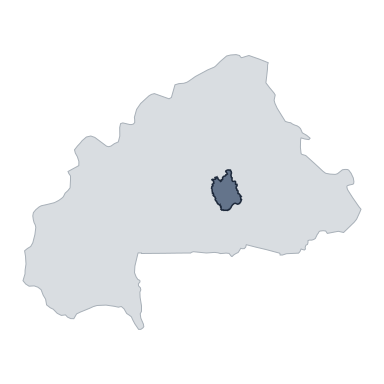 Ganzourgou, Ganzourgou, Burkina Faso (highlighted)
{"feature_id": "67063806B50041184778807", "entity_name": "Ganzourgou", "entity_type": "district", "adm_level": 2, "iso_a3": "BFA", "parent_name": "Burkina Faso", "parent_adm1": "Ganzourgou", "projection": "robinson", "projection_center": [-0.77, 12.29], "detail": "fine", "context": "in_parent", "style": "filled", "palette": "slate", "viewbox_px": 384, "rotation_deg": 0, "n_neighbors": 0, "source": "geoboundaries", "source_scale": "gbopen_adm2", "svg_char_len": 7971}
<svg xmlns="http://www.w3.org/2000/svg" viewBox="0 0 384 384"><path d="M297.5,253.2L286.5,253.7L282.5,255.0L280.1,255.0L280.0,253.9L279.7,253.2L265.9,249.5L256.1,247.2L246.3,244.7L245.7,247.1L244.3,248.6L242.2,248.7L240.7,248.3L239.7,250.1L238.1,252.5L235.8,253.6L233.5,255.1L232.3,256.4L231.4,256.4L229.1,253.4L226.1,253.1L220.5,253.6L218.0,252.8L214.5,252.4L206.4,253.0L193.4,251.7L191.3,252.4L190.7,253.0L177.9,253.1L163.7,253.3L151.9,253.4L141.5,253.5L141.5,253.0L138.2,252.9L137.8,253.9L134.9,266.1L134.5,272.7L136.1,276.8L137.8,279.4L139.8,280.4L140.0,281.9L138.4,283.8L138.5,285.8L140.4,287.8L140.8,289.9L139.9,292.1L140.1,297.4L141.5,305.9L141.5,311.3L140.2,313.8L140.8,318.1L143.4,324.1L143.8,326.7L142.9,327.9L140.8,329.4L138.6,329.4L136.1,325.7L135.0,324.1L133.0,320.4L131.3,316.7L129.0,315.0L126.7,313.5L124.0,308.8L121.3,306.5L118.4,307.2L114.3,306.3L106.0,305.1L97.0,305.5L93.3,306.6L89.6,308.3L80.3,312.1L76.6,313.9L73.8,318.7L70.7,318.6L67.5,317.1L65.5,314.9L61.3,315.4L57.2,313.3L53.2,309.2L50.3,307.8L46.6,304.9L45.6,299.2L43.2,295.2L41.1,289.7L37.9,287.2L34.2,285.9L29.1,286.2L25.7,284.0L23.0,280.7L23.8,278.0L25.0,274.0L25.1,270.2L26.0,264.0L25.5,256.2L24.6,250.8L27.4,248.5L30.7,246.5L32.8,242.8L34.9,234.6L35.8,227.4L35.2,224.8L34.1,222.7L33.3,219.6L32.8,215.9L33.4,212.6L35.9,209.6L39.0,207.0L41.2,205.8L47.0,204.5L54.3,202.7L58.6,200.5L61.6,198.4L63.4,196.7L65.1,193.2L68.0,190.5L70.1,187.8L70.5,180.2L70.5,175.9L68.9,173.6L68.0,171.5L78.8,165.6L78.9,161.5L77.4,156.8L75.3,153.0L74.5,149.8L77.5,146.0L80.2,143.1L82.1,140.7L86.4,137.0L90.8,136.0L94.8,137.4L106.6,146.2L108.7,146.7L111.1,146.0L114.3,143.7L118.3,141.9L119.8,136.1L119.7,127.5L120.6,123.6L122.8,122.9L129.6,124.5L131.3,124.6L133.3,124.1L134.7,122.6L134.7,119.8L134.4,117.3L136.6,109.4L140.7,103.4L148.9,95.9L151.4,94.4L154.4,93.6L169.0,98.8L171.4,97.5L175.0,84.8L179.0,83.6L183.7,83.3L186.8,82.3L188.4,81.4L195.4,76.5L207.7,69.9L214.3,67.1L215.6,66.1L220.3,61.4L226.6,56.0L230.6,55.0L236.1,54.6L239.6,55.5L240.5,57.0L241.7,57.7L248.9,55.5L259.2,59.1L268.2,62.7L267.6,64.9L267.5,68.9L266.8,75.2L265.9,82.8L269.6,87.7L274.0,93.0L275.2,95.0L274.1,100.2L274.9,103.3L277.2,108.3L281.2,114.8L285.3,121.4L288.1,122.3L290.8,122.8L292.4,124.0L294.8,125.1L297.2,125.9L299.3,127.3L300.6,128.8L302.3,132.8L306.9,135.5L310.1,138.2L308.9,139.6L304.8,139.0L301.1,137.9L300.6,139.8L300.4,147.3L301.1,153.6L301.9,154.4L305.7,155.5L314.8,163.7L323.0,171.3L325.7,173.3L330.2,174.1L335.3,174.4L337.5,173.7L342.4,169.8L345.0,169.4L347.4,169.5L348.7,170.1L351.1,173.3L353.3,178.0L353.9,181.6L353.7,183.4L353.0,184.2L349.0,185.1L347.2,185.8L346.8,186.8L347.4,189.2L348.2,190.7L352.6,197.6L359.0,206.8L361.0,209.2L359.9,212.0L356.6,219.2L354.2,222.2L343.6,232.5L338.3,231.3L327.3,233.4L325.7,231.0L323.1,230.7L319.9,231.1L318.8,232.0L318.4,233.0L317.3,234.4L315.3,238.5L313.7,239.5L311.8,240.1L309.4,240.1L308.0,240.6L308.0,242.6L307.5,244.4L305.9,245.2L305.2,247.2L305.4,249.1L304.4,250.0L302.4,249.5L301.1,249.0L300.0,251.5L298.5,253.2L297.5,253.2Z" fill="#d9dde1" stroke="#a8b0b8" stroke-width="1"/><path d="M232.1,177.9L231.9,177.9L231.7,177.8L231.6,177.5L231.5,177.3L231.4,177.3L231.3,176.8L231.2,176.3L231.2,176.1L231.0,175.7L230.9,175.1L231.1,174.8L231.1,174.1L231.1,173.9L231.4,173.5L231.5,172.9L231.4,172.5L231.3,172.2L231.2,171.6L231.1,171.3L231.1,171.2L230.9,171.0L230.5,170.8L230.2,170.7L230.1,170.4L230.2,170.1L229.9,170.1L228.9,169.9L228.7,169.9L228.4,170.1L227.7,170.0L227.4,170.0L226.8,170.3L226.6,170.6L226.2,170.7L226.0,170.8L225.9,170.9L225.7,171.2L225.8,171.5L226.0,171.9L226.2,172.2L226.5,172.4L226.6,172.5L227.2,173.7L227.3,173.8L227.2,174.0L227.3,174.1L226.8,174.5L226.5,174.7L226.3,174.8L226.0,174.8L225.8,174.8L225.6,175.1L225.7,175.4L225.6,175.6L225.2,175.9L224.8,176.1L224.1,176.2L223.8,176.3L223.4,176.5L223.2,176.7L223.1,177.1L222.9,177.3L222.6,177.5L222.6,177.8L222.6,178.3L222.6,178.6L222.6,179.5L222.3,179.7L221.8,179.7L221.7,180.0L221.4,180.2L221.1,180.0L220.9,180.1L220.8,180.3L220.6,180.5L220.7,181.0L220.8,181.1L221.0,181.2L220.8,181.4L220.6,181.5L220.5,181.3L220.2,181.0L219.9,180.7L219.4,180.2L219.1,180.0L218.7,179.6L218.5,179.4L218.0,178.9L217.9,178.1L217.7,177.8L217.1,177.9L216.9,177.8L216.9,177.4L216.8,177.5L216.6,177.5L216.4,177.8L216.4,177.1L215.0,177.5L215.3,178.1L215.5,178.5L215.5,178.9L215.4,179.1L215.2,179.3L214.8,179.4L214.6,179.3L213.7,179.4L213.2,179.4L213.1,179.5L212.7,179.4L212.4,179.3L212.2,179.4L212.0,179.6L211.9,179.7L212.1,180.0L212.3,180.2L212.5,180.2L212.9,180.3L213.1,180.5L213.2,180.9L213.6,181.2L213.7,181.3L213.6,181.9L213.5,182.0L213.9,182.9L213.9,183.2L213.7,183.3L213.4,183.4L212.9,183.9L212.4,184.2L212.7,184.4L212.7,184.7L212.8,184.7L212.8,184.9L212.8,185.1L212.9,185.6L212.9,185.8L212.8,186.0L212.6,186.0L212.4,186.1L212.0,186.2L211.9,186.3L211.8,186.6L211.9,186.9L211.8,187.5L211.7,187.6L211.6,187.8L211.5,188.3L211.8,188.7L211.9,188.8L212.0,189.0L212.1,189.3L212.1,189.5L212.1,190.0L212.1,190.4L212.1,190.6L212.3,190.9L212.2,191.8L212.4,192.0L212.6,192.5L212.4,192.9L212.4,193.0L212.5,193.2L212.5,193.3L212.8,193.2L213.3,193.3L213.4,193.6L213.3,193.9L213.3,194.1L213.6,194.4L213.6,194.6L213.6,194.8L213.3,195.2L213.2,195.3L213.3,195.4L213.4,195.6L213.7,195.9L213.7,196.0L213.9,196.0L214.2,196.2L214.8,196.7L214.8,196.8L215.0,197.1L215.0,197.5L215.1,197.8L215.3,197.9L215.3,198.1L215.5,198.4L215.4,198.7L215.5,198.7L215.3,199.1L215.3,199.3L215.2,199.7L215.3,200.0L215.7,200.4L215.7,200.5L215.8,200.6L215.9,200.8L216.1,201.1L216.4,201.2L216.4,201.3L216.6,201.4L216.7,201.7L216.8,201.9L216.8,202.0L216.9,202.3L217.1,202.5L217.2,202.9L217.3,202.9L217.4,203.0L217.5,203.4L217.6,203.5L217.8,203.6L217.9,203.8L218.0,203.7L218.2,203.9L218.5,204.1L218.8,204.4L218.9,204.6L219.1,204.7L219.3,204.9L219.5,204.9L219.6,205.0L219.8,204.9L219.9,205.0L220.0,204.9L220.0,205.2L220.2,205.4L220.2,205.6L220.2,205.8L220.3,206.0L220.4,205.9L220.6,206.1L220.8,206.2L220.7,206.3L220.9,206.5L221.0,206.7L221.0,206.8L221.0,207.0L221.0,207.3L220.9,207.4L221.1,207.5L221.2,207.8L221.1,208.0L221.1,208.3L221.1,208.9L220.9,209.2L220.9,209.3L221.1,209.4L221.3,209.6L221.6,209.9L221.8,210.1L222.0,210.0L222.6,210.1L222.8,209.9L223.0,209.8L223.4,210.0L223.7,210.1L223.8,210.2L223.7,210.3L223.8,210.4L224.0,210.3L224.4,210.3L225.0,210.3L225.9,210.3L227.6,210.3L227.7,210.2L227.8,210.3L227.9,210.2L228.3,210.0L228.3,209.8L228.5,209.5L228.8,209.6L229.0,209.7L229.4,209.5L229.5,209.4L229.6,209.2L230.1,208.8L230.2,208.4L230.3,208.4L230.5,208.3L230.7,208.2L230.8,208.2L230.8,208.3L230.8,208.1L230.9,207.9L231.0,207.8L231.0,207.7L231.0,207.4L231.1,207.2L231.3,206.7L231.7,206.1L232.0,205.5L232.5,205.0L232.7,204.7L232.9,204.5L233.1,204.4L233.3,204.2L233.7,203.8L234.3,203.5L235.0,203.3L235.4,203.3L235.9,203.5L236.4,203.7L236.6,203.8L237.6,204.2L238.1,204.1L238.3,203.9L238.5,203.9L238.9,203.8L239.0,203.7L239.3,203.4L239.6,203.4L239.7,203.2L239.9,202.8L240.0,202.8L240.2,202.5L240.3,202.3L240.4,202.2L240.6,202.0L240.6,201.7L240.8,201.6L240.8,201.3L240.9,201.1L241.0,201.0L241.0,200.7L241.3,200.3L241.3,200.0L241.4,199.9L241.4,199.7L241.5,199.6L240.9,198.9L240.7,199.0L240.7,198.8L240.8,198.3L240.8,197.9L240.7,197.4L240.5,197.2L240.3,196.8L240.2,196.4L240.3,196.2L240.9,196.2L241.0,196.2L240.7,195.8L240.6,195.7L240.4,195.3L240.2,195.1L239.9,195.0L239.7,194.8L239.5,194.5L239.5,194.2L239.3,194.0L239.1,193.8L238.1,193.6L238.0,193.3L237.9,193.2L238.1,192.4L238.1,192.2L238.0,191.3L237.9,190.7L237.7,190.5L237.6,190.4L237.4,190.3L237.1,190.3L237.1,190.2L236.9,190.0L236.8,189.9L236.8,189.6L236.9,189.4L236.9,189.1L236.6,188.8L236.5,188.6L236.1,188.2L236.1,187.6L236.3,187.1L236.3,186.4L236.9,186.1L237.0,186.0L237.1,185.5L237.0,184.7L237.0,184.4L236.9,184.4L236.7,184.3L235.8,184.4L235.6,184.4L235.6,184.1L235.6,183.8L235.5,183.2L235.6,182.5L235.5,181.5L235.4,181.4L234.8,181.2L234.7,181.2L234.2,181.3L233.1,181.4L232.8,181.4L232.7,181.4L232.2,180.8L232.1,180.5L232.0,180.3L232.0,179.0L232.1,178.5L232.1,177.9Z" fill="#64748b" stroke="#1e293b" stroke-width="1.5"/></svg>